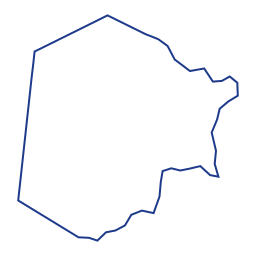 the district of Riachão do Bacamarte, Paraíba, Brazil
{"feature_id": "56859067B52420938057860", "entity_name": "Riachão do Bacamarte", "entity_type": "district", "adm_level": 2, "iso_a3": "BRA", "parent_name": "Brazil", "parent_adm1": "Paraíba", "projection": "equal_earth", "projection_center": [-35.653, -7.24], "detail": "fine", "context": "isolated", "style": "outline", "palette": "blue", "viewbox_px": 256, "rotation_deg": 0, "n_neighbors": 0, "source": "geoboundaries", "source_scale": "gbopen_adm2", "svg_char_len": 606}
<svg xmlns="http://www.w3.org/2000/svg" viewBox="0 0 256 256"><path d="M107.5,15.4L42.6,47.6L34.6,51.5L33.3,63.5L31.8,76.0L18.2,200.5L78.5,237.3L89.0,237.8L97.4,240.6L106.0,232.3L115.4,230.5L125.0,225.4L131.3,214.8L141.9,210.6L153.6,213.1L159.5,196.5L160.8,181.9L162.6,171.1L171.3,168.3L180.3,170.5L189.4,168.7L200.3,166.1L210.1,175.1L218.4,176.7L214.7,163.9L216.0,150.8L211.7,132.5L217.1,119.5L219.7,108.7L228.4,101.4L237.8,95.7L237.3,82.7L229.7,76.5L221.9,80.9L212.9,81.6L204.2,68.5L189.9,71.0L174.7,59.5L167.6,46.0L158.3,39.2L145.4,34.1L107.5,15.4Z" fill="none" stroke="#1e3a8a" stroke-width="2"/></svg>